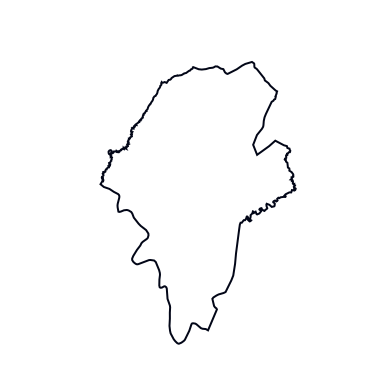 the district of Mueang Si Sa Ket, Si Sa Ket, Thailand, rotated 205°
{"feature_id": "78962969B95258731786412", "entity_name": "Mueang Si Sa Ket", "entity_type": "district", "adm_level": 2, "iso_a3": "THA", "parent_name": "Thailand", "parent_adm1": "Si Sa Ket", "projection": "equal_earth", "projection_center": [104.397, 15.099], "detail": "fine", "context": "isolated", "style": "outline", "palette": "ink", "viewbox_px": 384, "rotation_deg": 205, "n_neighbors": 0, "source": "geoboundaries", "source_scale": "gbopen_adm2", "svg_char_len": 6111}
<svg xmlns="http://www.w3.org/2000/svg" viewBox="0 0 384 384"><g transform="rotate(205 192 192)"><path d="M248.3,144.1L245.9,146.7L243.4,148.2L241.7,148.5L238.6,148.2L237.0,147.2L233.9,144.2L227.0,140.7L224.1,139.6L217.5,138.1L214.0,135.9L213.1,134.3L212.7,131.8L212.9,130.8L215.6,126.0L216.2,124.1L216.2,121.7L217.4,116.3L218.2,109.3L218.1,106.4L217.5,105.1L215.9,104.0L214.2,103.4L212.6,103.1L211.3,103.2L210.2,103.9L202.2,112.1L201.0,112.8L197.4,113.9L195.2,113.2L188.8,107.3L186.9,105.0L186.0,103.4L184.5,98.8L182.1,93.4L181.0,92.0L180.2,91.9L179.0,92.5L177.4,94.7L176.7,95.1L175.1,94.8L174.1,93.9L169.0,84.8L164.1,79.8L163.1,78.3L161.1,73.3L158.5,67.8L155.8,61.1L153.3,57.0L151.6,54.8L146.3,50.8L144.1,49.7L141.5,48.8L140.2,48.8L139.6,49.1L137.9,51.0L136.5,53.5L136.0,55.0L135.8,65.1L136.6,72.0L136.3,73.0L135.5,73.5L133.5,74.1L132.1,74.0L126.5,72.4L124.7,72.5L121.6,73.6L119.0,73.4L119.8,96.1L120.6,96.8L122.4,97.2L123.8,98.0L128.4,103.8L128.0,105.5L126.1,108.5L124.6,110.4L120.7,113.8L119.3,115.5L119.0,128.4L119.3,133.7L122.6,145.1L126.1,154.8L133.6,178.5L134.9,182.8L135.0,184.7L133.9,185.2L133.2,188.3L132.0,188.9L131.7,190.9L132.0,192.5L131.8,193.1L131.2,193.1L130.1,192.3L129.8,191.8L129.9,190.7L129.7,190.5L127.4,189.7L126.7,190.3L126.4,191.3L127.8,191.4L128.4,194.3L129.1,195.7L128.3,198.0L128.6,200.2L128.2,200.2L127.8,198.9L127.6,198.7L127.2,198.8L126.0,201.0L124.2,199.3L123.5,199.2L121.9,201.0L121.2,203.8L121.3,204.3L121.7,204.8L123.1,204.4L123.5,204.6L123.5,205.4L122.9,206.2L122.2,206.7L121.3,205.9L119.3,205.4L118.3,205.5L118.0,206.7L117.1,208.2L116.9,209.1L118.4,210.6L119.3,212.1L119.3,212.9L116.4,213.1L113.4,212.2L111.5,213.7L111.3,214.3L112.0,216.4L112.7,216.8L114.0,217.0L114.2,217.3L114.1,218.1L113.1,219.4L111.6,219.1L111.0,219.9L110.9,220.6L111.6,221.3L111.9,221.8L111.3,223.3L110.2,223.4L109.5,224.6L106.9,226.3L105.3,227.0L105.2,227.5L105.7,228.0L106.6,227.3L106.8,227.4L106.2,229.5L103.6,232.8L101.9,233.6L102.2,236.0L99.8,236.6L99.3,237.4L99.4,238.8L99.8,239.0L100.4,237.9L100.7,237.9L101.0,238.7L101.9,239.7L101.4,241.0L101.4,241.5L102.2,241.5L102.7,242.5L103.3,241.9L104.2,242.3L104.8,244.0L105.7,245.1L105.9,245.1L106.3,244.5L106.7,245.4L107.7,245.1L107.2,246.4L108.0,247.4L107.7,247.7L107.1,247.8L106.6,248.7L106.8,249.1L107.3,249.3L107.3,250.2L107.9,250.9L110.1,252.1L112.8,252.5L113.2,253.7L113.8,254.5L115.4,254.7L117.9,258.8L119.7,259.3L120.5,260.7L121.3,260.4L121.7,260.6L121.8,261.6L121.1,262.3L121.0,262.8L122.1,264.6L122.1,265.1L121.6,265.2L121.2,265.8L121.4,266.4L122.0,266.5L122.1,266.9L121.3,267.9L121.0,269.0L120.1,269.5L120.1,269.9L120.4,271.0L121.3,271.6L122.0,272.5L124.1,272.2L125.4,273.7L128.4,273.2L138.2,273.7L141.5,266.1L148.7,253.2L156.5,260.6L157.2,271.1L155.3,278.8L155.1,281.2L155.5,282.8L157.0,286.8L157.8,290.3L158.0,294.0L157.9,307.4L156.8,309.1L156.7,310.4L155.9,311.4L156.3,313.5L156.7,313.8L156.5,314.2L156.8,314.7L156.9,317.0L157.2,317.3L157.4,319.2L159.0,319.3L165.9,321.4L168.8,323.0L173.1,323.9L174.5,325.5L184.1,330.3L185.4,330.9L187.8,331.3L188.4,331.9L189.7,334.4L190.2,334.8L192.6,335.2L197.8,330.6L200.0,327.7L203.3,322.1L209.6,314.1L210.8,313.9L212.7,314.4L215.5,316.6L218.1,316.0L222.0,316.5L223.9,315.7L225.1,314.0L225.9,313.3L228.7,311.6L231.3,309.3L234.9,307.1L237.8,306.1L243.6,305.7L243.9,305.4L243.7,304.9L243.7,304.1L244.2,303.2L244.6,303.0L245.2,301.1L245.5,301.0L246.1,300.2L247.6,297.4L248.9,296.4L249.2,295.9L249.5,295.8L250.3,294.3L251.3,293.2L253.0,292.2L253.9,291.4L254.6,291.5L255.0,290.9L256.9,289.6L258.7,286.6L258.7,285.8L259.1,284.7L260.5,283.7L261.1,280.2L263.2,280.1L264.5,278.8L265.5,278.5L265.9,278.7L265.9,277.6L265.3,277.0L265.1,276.1L265.6,274.9L265.3,274.1L265.4,272.2L265.7,271.4L265.8,269.1L265.3,267.2L265.3,265.8L265.6,264.5L265.6,263.7L266.4,262.9L266.8,261.1L266.4,259.3L266.4,258.0L266.8,256.0L266.8,254.4L267.1,254.2L267.1,253.2L267.5,252.5L267.6,250.2L267.3,248.3L267.9,246.4L267.5,246.1L268.0,245.6L268.1,244.7L268.0,244.0L268.4,243.5L268.3,242.9L268.8,242.5L268.6,242.2L268.8,241.3L268.4,241.0L268.7,240.3L268.6,239.7L268.0,238.7L268.4,238.4L268.5,237.7L268.8,237.3L268.6,236.3L269.0,236.1L268.8,235.2L269.5,234.9L269.3,233.3L269.9,233.2L269.8,232.5L271.4,229.7L270.8,229.2L271.5,229.0L271.8,228.6L271.4,228.1L271.5,227.4L272.3,227.1L272.2,226.6L271.6,226.4L271.8,225.7L272.5,225.3L272.1,225.2L271.9,224.8L273.1,224.8L273.2,223.3L273.1,221.9L272.8,221.7L272.9,221.2L272.1,220.4L272.0,220.9L271.4,221.1L271.5,220.0L271.4,219.6L271.5,219.2L271.2,218.8L271.6,218.7L271.7,218.3L271.4,218.1L270.7,218.5L270.6,217.8L270.0,217.0L271.0,215.6L271.3,214.7L270.9,214.6L270.9,214.3L271.8,213.8L271.2,212.9L271.6,212.0L271.4,211.4L271.5,210.8L270.7,210.4L270.8,209.7L270.3,209.9L270.2,209.3L270.3,208.6L269.6,208.6L270.1,207.8L269.9,207.2L270.3,207.1L269.6,206.4L270.2,205.9L270.0,205.6L270.2,205.2L270.1,204.8L270.6,204.5L270.6,203.6L270.3,203.4L270.9,203.4L271.4,203.9L271.6,202.3L272.7,202.9L272.4,202.0L273.5,201.5L273.8,200.1L274.3,200.1L274.4,199.2L275.0,198.6L274.9,197.9L275.6,197.8L275.4,197.0L276.8,196.5L277.3,197.3L277.9,197.4L277.8,196.6L279.1,196.2L279.5,195.7L280.2,195.5L279.9,194.5L280.2,193.7L280.5,193.4L281.3,193.7L281.3,192.9L281.9,193.4L281.9,194.2L282.3,195.1L283.3,195.6L284.3,194.8L284.7,193.5L284.1,192.2L283.3,191.4L282.5,191.3L282.3,191.7L281.6,191.4L281.3,190.6L280.7,190.5L280.8,189.9L280.5,189.3L280.0,189.9L279.8,189.5L279.1,189.4L279.1,188.6L278.6,187.8L278.7,186.7L278.3,186.2L278.6,185.7L278.6,184.3L279.3,183.4L278.7,183.0L278.9,182.4L278.3,182.1L278.3,181.4L277.9,181.2L277.6,181.6L277.5,181.2L277.7,180.5L278.6,180.1L277.8,179.2L278.4,178.8L279.0,177.6L278.9,176.5L279.5,176.2L279.6,174.7L279.1,173.9L279.8,172.6L280.6,172.8L280.9,172.5L280.4,171.8L280.7,170.9L280.4,170.6L279.8,170.5L279.2,169.5L279.6,168.2L280.0,167.8L279.8,166.8L279.6,166.6L278.6,167.0L278.2,166.2L278.3,165.4L277.4,165.4L277.2,165.0L277.1,164.2L277.7,164.2L277.8,163.9L278.2,160.4L274.0,159.3L268.1,159.9L262.9,159.1L258.2,158.9L257.2,158.6L256.1,157.6L255.5,156.1L254.4,150.2L253.9,148.5L253.0,146.8L250.4,143.1L249.5,143.2L248.3,144.1Z" fill="none" stroke="#020617" stroke-width="2"/></g></svg>